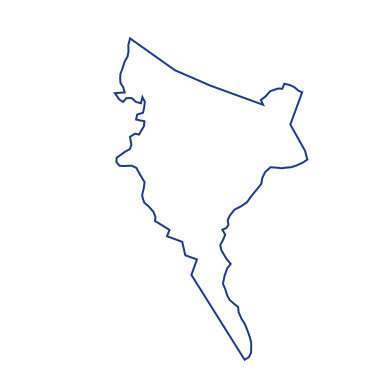 outline of Ibicaré, Santa Catarina, Brazil, rotated 22°
{"feature_id": "56859067B58782294534610", "entity_name": "Ibicaré", "entity_type": "district", "adm_level": 2, "iso_a3": "BRA", "parent_name": "Brazil", "parent_adm1": "Santa Catarina", "projection": "albers", "projection_center": [-51.372, -27.115], "detail": "fine", "context": "isolated", "style": "outline", "palette": "blue", "viewbox_px": 384, "rotation_deg": 22, "n_neighbors": 0, "source": "geoboundaries", "source_scale": "gbopen_adm2", "svg_char_len": 1628}
<svg xmlns="http://www.w3.org/2000/svg" viewBox="0 0 384 384"><g transform="rotate(22 192 192)"><path d="M83.5,129.2L89.7,133.4L94.4,134.3L96.0,129.5L100.9,127.5L106.4,129.5L111.4,128.8L110.5,122.6L114.5,126.1L116.0,131.7L116.9,136.9L112.2,140.7L113.0,145.7L117.6,145.0L121.4,144.2L122.8,149.0L122.0,153.8L121.4,158.6L117.3,159.3L113.8,164.2L118.1,170.8L118.3,175.5L114.5,180.2L111.6,184.9L109.3,188.4L110.7,192.6L115.0,194.8L118.9,193.5L122.4,191.9L126.3,190.2L131.4,190.5L136.4,194.6L140.9,198.1L144.4,200.7L146.0,207.2L146.9,213.5L149.3,217.1L151.9,219.8L157.8,221.8L163.6,224.8L167.5,228.8L168.5,232.7L185.4,235.6L185.4,242.4L190.2,242.2L201.6,241.9L209.5,253.2L221.9,252.7L222.5,269.1L303.6,327.8L306.6,323.8L307.0,319.0L305.1,313.8L303.1,309.1L300.0,305.0L295.9,300.3L290.8,294.9L285.3,290.9L280.2,285.9L277.9,281.4L273.2,280.0L267.2,277.9L263.1,274.4L259.4,269.8L255.1,265.6L253.6,257.6L253.2,249.6L254.8,244.2L248.7,240.9L244.4,237.6L240.9,234.9L238.1,230.7L238.7,224.8L238.8,219.2L234.3,215.6L237.4,212.5L238.1,208.6L235.6,204.8L235.9,199.6L238.0,192.5L243.0,186.7L246.9,180.7L248.1,175.3L249.5,170.5L251.6,163.9L253.2,158.4L251.9,152.5L252.4,146.0L255.5,139.7L260.5,138.0L266.5,136.3L270.1,134.1L274.5,132.0L278.6,128.6L283.8,123.1L286.8,118.7L281.4,111.5L257.9,92.6L256.8,58.2L253.0,58.2L247.4,56.4L242.3,56.2L237.1,57.1L237.0,62.5L233.1,63.8L230.2,66.2L226.7,69.3L224.5,75.7L221.4,80.9L225.3,84.5L169.4,86.5L130.5,85.5L77.0,72.8L77.9,79.5L80.5,85.6L81.5,90.7L80.7,96.4L81.3,104.2L81.4,109.3L82.8,113.4L84.8,117.6L89.0,120.7L92.3,124.9L88.4,126.8L83.5,129.2Z" fill="none" stroke="#1e3a8a" stroke-width="2"/></g></svg>